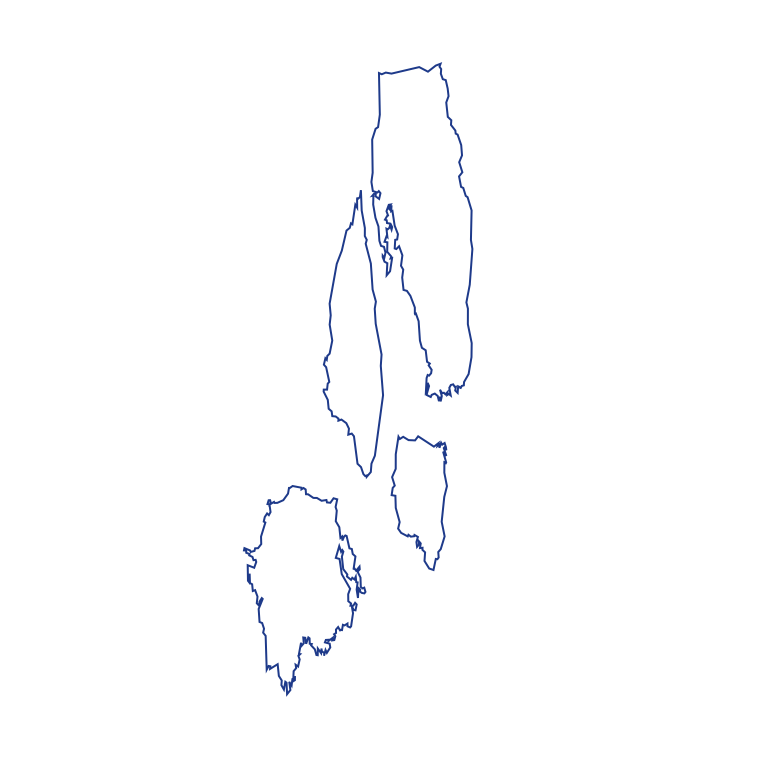 Nesna nor, Nordland, Norway, rotated 284°
{"feature_id": "86288312B50581402621032", "entity_name": "Nesna nor", "entity_type": "district", "adm_level": 2, "iso_a3": "NOR", "parent_name": "Norway", "parent_adm1": "Nordland", "projection": "robinson", "projection_center": [12.999, 66.233], "detail": "fine", "context": "isolated", "style": "outline", "palette": "blue", "viewbox_px": 768, "rotation_deg": 284, "n_neighbors": 0, "source": "geoboundaries", "source_scale": "gbopen_adm2", "svg_char_len": 6142}
<svg xmlns="http://www.w3.org/2000/svg" viewBox="0 0 768 768"><g transform="rotate(284 384 384)"><path d="M708.4,361.4L705.5,357.2L697.7,351.1L700.0,341.5L687.0,316.2L686.6,310.4L684.0,306.9L684.5,303.9L644.3,314.8L631.8,316.1L629.6,314.1L618.3,313.4L586.2,321.9L577.0,322.9L568.5,326.5L568.2,331.3L569.9,332.3L568.3,334.4L562.4,334.5L564.1,330.4L566.7,330.0L566.0,328.2L563.9,327.2L564.4,328.1L555.5,330.1L543.2,335.5L535.5,340.5L521.8,344.9L517.3,347.7L517.1,350.8L511.7,353.7L506.4,353.8L508.2,351.7L506.9,352.0L502.8,354.9L502.0,358.0L490.1,360.3L494.9,362.6L508.1,361.4L507.4,360.0L509.4,360.3L513.1,355.1L522.3,353.0L522.1,350.1L528.1,350.7L527.5,351.7L535.3,348.8L535.0,350.2L536.8,351.4L539.4,351.5L535.6,354.0L538.2,354.0L541.1,351.5L540.9,348.0L543.5,347.0L543.7,345.2L548.4,346.6L547.8,347.6L552.3,344.6L559.0,345.3L559.8,347.1L555.7,345.7L554.5,347.8L559.2,348.1L553.2,349.2L554.0,350.3L540.3,356.0L532.7,361.3L527.4,361.8L526.6,360.0L518.1,361.6L517.9,363.3L521.3,365.3L513.3,370.7L502.8,371.9L499.6,375.0L491.7,375.9L480.0,380.2L479.9,383.7L475.9,388.3L465.7,395.4L459.8,396.9L458.5,397.8L461.0,397.3L453.3,402.4L434.7,408.4L428.3,412.0L426.8,416.3L416.0,420.4L414.9,423.5L412.9,422.8L409.3,426.8L405.8,427.1L403.0,425.7L403.3,424.2L400.1,423.9L385.8,426.7L387.7,427.6L395.7,426.1L392.9,428.2L383.7,427.9L382.7,432.5L385.0,432.9L387.0,435.6L385.4,439.0L380.6,441.5L385.2,441.2L380.8,443.2L386.3,443.0L392.0,439.7L389.1,442.7L390.0,444.2L388.8,446.1L391.6,447.6L388.6,448.0L390.0,449.4L389.0,451.5L396.1,448.3L399.2,449.1L400.4,451.2L398.4,453.3L398.8,454.4L394.9,454.7L393.2,457.6L399.7,456.5L399.2,458.9L397.9,459.2L400.9,459.9L402.0,461.8L405.3,461.2L414.1,463.7L431.2,462.4L444.9,459.2L462.3,450.9L477.4,447.2L483.1,444.2L501.0,443.2L536.4,437.1L544.8,433.5L573.6,427.0L585.5,419.9L586.3,417.8L593.4,413.5L593.9,411.1L603.6,406.6L608.4,408.8L617.4,403.3L624.7,404.4L634.5,401.1L643.8,395.1L644.3,393.0L647.2,391.9L651.6,386.3L656.2,385.5L658.6,381.3L672.2,376.3L678.9,377.0L686.1,374.3L693.8,370.4L694.0,367.3L698.8,364.1L703.4,363.3L705.3,361.1L708.4,361.4ZM191.0,288.3L188.7,288.4L189.2,290.5L186.9,291.2L186.5,294.7L185.1,294.7L184.4,298.2L181.5,300.0L182.3,302.0L180.4,303.1L174.3,302.5L175.2,295.6L160.2,299.6L159.0,301.1L167.5,299.5L158.4,302.1L157.8,304.5L151.4,306.8L152.8,308.8L147.1,312.7L140.5,313.6L138.7,316.4L142.7,315.9L146.7,317.2L146.1,318.3L135.4,316.8L123.0,320.8L122.6,323.6L117.5,326.8L113.5,326.9L111.0,330.1L78.4,339.3L82.5,340.3L82.6,342.0L80.0,342.4L86.4,348.6L75.3,352.6L71.6,356.5L67.0,357.3L63.3,360.8L71.2,360.3L70.6,361.7L59.6,365.0L64.4,367.2L72.1,364.1L69.0,367.3L75.6,366.5L76.4,367.5L73.7,367.9L75.1,369.2L78.1,368.5L77.6,367.0L83.5,365.8L87.0,367.5L90.2,366.2L89.1,369.0L96.4,368.8L99.5,366.7L101.6,368.0L101.5,366.8L112.8,366.1L110.2,367.5L113.0,368.9L118.5,367.0L118.7,369.0L113.1,371.3L119.8,371.9L119.2,373.3L114.0,374.8L114.2,376.8L112.8,376.5L109.8,381.1L104.7,384.0L104.8,385.3L111.3,383.8L107.6,388.1L112.2,387.3L109.6,388.4L108.5,391.2L105.8,391.6L111.8,391.6L109.3,393.6L115.4,395.6L118.9,394.1L119.0,389.2L121.6,389.5L122.5,392.3L121.2,392.3L125.4,395.7L122.7,395.8L123.5,397.7L127.5,397.8L129.1,396.1L130.8,397.7L134.1,396.8L137.1,398.3L133.7,401.5L135.0,401.1L135.1,402.8L140.4,402.4L140.2,404.1L142.7,406.5L140.1,407.2L139.6,410.0L140.9,410.7L154.1,409.4L160.6,406.5L157.4,409.3L157.5,411.1L163.5,410.8L164.7,408.9L161.6,407.9L160.8,405.1L163.1,405.1L164.6,401.9L171.4,400.1L177.1,400.7L189.3,389.0L203.5,383.2L203.6,379.3L215.9,379.8L210.8,383.0L212.8,383.7L211.6,385.1L206.3,384.9L194.6,389.2L190.3,394.5L188.3,394.6L186.0,399.4L188.3,400.1L187.2,402.6L190.2,403.2L185.0,405.0L185.1,406.4L177.9,407.2L170.1,410.5L179.9,408.6L178.7,410.7L176.8,410.7L175.9,413.2L176.1,415.6L177.8,416.3L181.6,414.1L180.5,412.7L181.4,410.6L190.5,408.0L195.5,403.8L198.3,405.3L200.9,404.4L196.1,402.1L198.0,399.9L196.6,399.3L209.8,398.0L211.5,394.8L216.1,392.7L216.2,390.2L227.5,384.5L227.7,383.1L226.0,382.1L222.0,381.5L225.9,380.3L224.1,379.0L234.2,375.3L239.2,370.4L249.7,368.8L252.9,366.8L260.8,366.5L260.9,362.7L255.8,360.7L255.3,357.3L257.5,356.2L255.6,351.7L257.2,346.5L256.4,343.0L258.6,337.1L258.2,335.0L262.7,333.5L263.6,331.1L261.8,329.4L263.4,329.0L262.9,320.0L259.9,317.4L261.0,316.9L254.4,317.4L246.9,314.4L242.9,309.3L242.1,306.5L243.0,305.8L239.5,302.4L242.1,302.5L243.7,301.6L243.3,300.2L239.3,300.0L239.4,302.0L232.3,304.9L228.9,304.0L230.1,301.9L226.1,300.5L221.4,300.6L220.9,302.4L206.2,301.6L199.0,303.6L194.2,301.5L193.4,298.7L190.7,298.7L188.8,295.3L190.1,294.3L191.0,288.3ZM489.1,309.1L448.8,311.8L437.7,315.7L428.5,316.9L413.6,323.3L400.3,323.9L397.5,322.2L393.6,322.6L394.8,320.9L388.2,321.0L386.3,323.8L372.8,330.4L370.7,329.3L364.8,330.1L364.0,326.9L362.0,327.3L355.0,333.3L346.6,336.3L344.8,339.8L340.3,341.6L340.8,345.0L339.4,348.2L337.4,348.6L339.2,351.3L336.9,356.9L332.2,360.8L326.2,361.6L328.1,364.7L326.0,367.5L300.2,377.6L297.8,381.8L291.6,385.8L290.1,388.1L291.0,389.3L289.8,389.7L295.4,392.5L303.7,391.1L312.2,392.5L372.9,385.8L400.8,376.5L412.0,374.5L440.4,361.4L454.8,356.8L462.0,356.2L472.9,350.1L497.7,342.1L515.7,332.3L519.7,332.4L522.9,329.6L530.7,327.7L546.9,320.4L566.5,314.7L559.5,315.4L557.2,313.8L558.5,313.1L557.1,313.1L548.6,315.3L551.1,312.8L531.3,314.7L531.9,313.1L527.2,313.0L523.8,310.5L503.2,310.8L489.1,309.1ZM336.4,410.8L318.7,412.4L304.5,415.9L295.6,414.4L288.0,419.0L285.3,417.6L278.0,418.3L278.3,422.1L266.6,425.4L253.8,432.6L247.1,432.7L243.7,436.6L241.9,443.9L243.6,444.2L242.4,447.0L243.6,450.1L244.9,450.1L243.8,453.9L238.5,453.7L234.0,455.5L236.7,456.8L240.0,455.7L238.2,458.2L233.5,458.6L234.4,461.0L232.4,461.4L230.6,464.6L222.1,466.1L215.9,472.5L215.5,477.0L226.8,476.6L226.9,478.2L228.9,479.0L234.1,477.3L237.5,479.0L250.8,479.7L264.3,473.3L289.0,469.8L300.1,469.8L312.5,464.0L322.8,461.5L322.6,463.0L321.1,462.9L322.9,463.3L332.7,457.7L329.3,461.9L336.3,457.5L337.4,458.1L334.8,460.5L337.8,459.3L341.4,457.1L339.3,455.2L340.9,453.6L335.5,453.3L338.5,452.1L337.0,451.0L339.7,451.1L335.3,447.6L341.5,429.8L336.8,427.8L335.5,421.4L337.4,415.4L334.5,412.7L336.4,410.8Z" fill="none" stroke="#1e3a8a" stroke-width="2"/></g></svg>